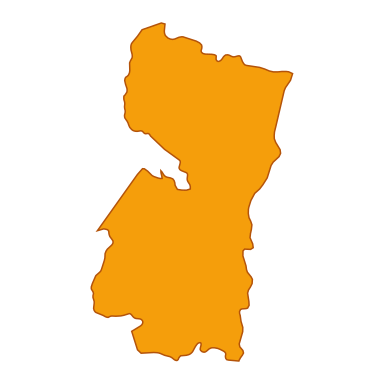 SVG path tracing the border of Alto Paraná
{"feature_id": "PRY-616", "entity_name": "Alto Paraná", "entity_type": "Department", "adm_level": 1, "iso_a3": "PRY", "parent_name": "Paraguay", "parent_adm1": "", "projection": "orthographic", "projection_center": [-55.001, -25.353], "detail": "fine", "context": "isolated", "style": "filled", "palette": "amber", "viewbox_px": 384, "rotation_deg": 0, "n_neighbors": 0, "source": "natural_earth", "source_scale": "10m", "svg_char_len": 4436}
<svg xmlns="http://www.w3.org/2000/svg" viewBox="0 0 384 384"><path d="M250.4,234.4L250.0,237.7L252.7,243.9L253.2,247.7L250.6,249.4L244.6,249.1L243.0,250.9L242.9,255.9L246.0,265.9L246.5,269.6L247.4,272.2L251.2,277.0L252.4,279.4L252.1,283.6L250.4,287.0L248.5,290.0L247.6,293.1L248.9,301.7L249.1,305.3L247.6,308.1L246.1,308.6L242.0,308.9L240.5,309.5L239.5,311.6L239.6,313.5L240.2,315.5L241.0,321.3L242.8,327.4L242.7,331.7L239.2,343.9L239.8,346.8L242.9,350.5L243.5,353.0L242.4,355.1L240.4,357.9L239.0,360.5L238.9,361.0L238.5,361.0L228.7,360.1L226.8,359.7L225.8,358.5L225.5,357.3L225.4,356.1L225.7,354.7L225.7,353.8L225.5,353.0L225.1,352.4L224.4,351.7L223.5,351.1L220.2,349.4L217.7,348.4L214.5,347.8L211.8,347.8L210.5,348.2L209.0,349.0L206.7,351.0L205.7,351.7L204.8,352.1L203.5,352.1L202.1,351.7L200.6,350.4L200.2,349.4L200.3,348.1L201.0,345.3L201.1,344.4L201.0,343.5L200.7,342.9L200.2,342.7L199.4,342.7L198.3,343.1L197.5,343.7L196.5,344.9L195.3,346.7L192.7,351.5L192.0,352.4L190.8,353.5L189.6,354.3L188.6,354.7L186.3,355.3L180.6,355.8L179.5,357.0L178.8,357.9L178.3,359.3L178.0,359.7L177.6,360.1L176.9,360.5L175.9,360.4L174.5,359.8L171.9,357.7L170.1,356.7L164.6,355.3L160.2,353.4L158.5,352.9L157.2,352.7L153.8,352.5L141.1,353.2L137.5,349.8L131.7,331.3L140.6,325.9L142.0,324.6L142.8,322.8L142.7,321.2L141.7,319.8L140.6,319.1L139.3,318.8L136.0,318.5L134.6,318.0L133.5,317.2L132.6,316.2L132.0,315.4L131.3,314.6L130.3,313.8L129.3,313.6L123.8,315.3L120.8,315.9L115.9,316.2L111.8,316.0L110.3,316.3L108.1,317.4L106.8,317.2L105.4,316.7L103.1,315.4L96.0,312.5L95.2,311.9L94.2,310.5L93.6,308.4L94.2,303.2L94.2,301.4L93.0,297.5L93.0,295.7L93.5,293.5L93.0,291.7L92.2,290.5L91.3,288.9L91.3,286.9L92.4,283.5L95.7,275.9L96.3,275.2L99.8,272.1L100.9,270.8L101.6,269.0L104.3,260.6L104.9,257.9L105.1,253.6L106.1,251.0L107.4,249.1L111.8,245.0L112.8,243.5L113.1,242.2L112.9,240.8L112.1,239.6L109.9,236.6L109.2,234.8L108.9,233.2L108.8,231.8L108.4,230.6L107.5,229.7L105.2,229.1L103.6,228.9L97.4,230.7L137.4,174.5L142.5,168.7L144.4,168.8L147.6,171.1L152.0,175.5L153.8,176.5L158.0,178.0L160.2,178.5L162.1,178.4L161.9,176.6L161.0,172.8L160.9,170.8L162.0,172.0L163.6,174.6L164.7,175.9L166.0,176.8L167.4,177.3L170.4,177.9L172.8,178.9L174.1,180.6L174.8,182.7L175.1,185.3L177.4,189.4L181.8,190.1L186.4,190.2L190.3,189.0L190.3,186.6L190.1,185.6L189.8,184.7L189.3,183.8L188.3,182.3L187.8,181.4L187.4,180.5L187.2,179.5L187.2,178.3L187.6,174.9L187.4,173.9L186.9,173.1L186.2,172.6L181.6,170.7L180.7,170.2L180.0,169.7L179.5,169.0L179.1,168.1L179.1,167.2L180.1,163.5L180.3,162.3L180.2,161.2L179.7,160.4L179.0,159.8L164.5,149.3L150.6,136.1L149.6,134.5L149.0,133.9L148.2,133.5L147.2,133.5L146.2,133.7L145.3,133.7L144.5,133.4L143.8,132.8L143.2,132.1L142.5,131.4L141.7,131.0L140.7,130.8L137.5,131.3L136.4,131.3L135.2,131.2L134.1,130.9L133.2,130.6L132.3,130.0L131.6,129.5L130.4,128.1L129.8,127.4L129.4,126.6L128.6,124.7L128.0,122.9L127.1,121.2L125.0,118.2L124.6,117.0L124.5,115.2L125.1,112.8L125.2,111.3L125.1,110.1L124.8,109.1L124.6,108.0L124.5,106.7L124.8,103.8L124.7,102.6L124.5,101.5L124.2,100.6L123.9,99.5L123.8,98.1L123.9,96.1L125.1,94.9L126.9,92.1L127.1,90.3L127.0,88.6L125.5,84.1L124.7,80.5L125.1,78.4L125.7,77.3L127.1,76.4L128.3,75.3L129.4,73.0L129.8,70.7L129.6,62.9L130.3,61.1L132.1,57.8L132.3,56.2L132.1,54.2L131.0,50.0L130.8,47.1L131.0,45.3L131.5,43.7L132.4,42.4L137.6,36.1L142.1,29.7L161.3,23.0L165.0,24.0L164.3,31.1L164.5,33.2L165.3,35.5L167.9,38.0L170.4,39.1L172.7,39.4L174.8,39.0L178.9,37.3L181.5,36.8L182.9,36.8L196.2,41.1L199.6,42.9L201.6,45.0L201.9,46.7L201.8,48.1L201.6,49.1L201.2,50.2L201.1,51.1L201.5,52.2L202.6,53.3L204.0,53.8L205.4,54.1L211.7,54.3L214.2,54.7L215.6,55.3L216.2,55.9L216.2,56.8L216.1,57.9L216.1,59.6L217.0,60.9L217.9,61.4L218.9,61.4L219.8,61.0L220.8,60.4L221.6,59.5L222.4,58.5L223.5,56.8L224.4,55.9L225.6,55.0L227.7,54.8L229.2,55.2L231.2,56.2L232.5,56.7L233.9,56.9L235.1,56.7L237.6,56.0L239.1,55.8L239.9,56.1L240.6,56.9L242.5,61.7L243.5,63.3L244.6,64.7L246.3,65.4L259.6,67.4L264.6,69.0L269.4,71.0L273.5,71.9L277.8,71.9L281.8,71.5L286.3,71.5L288.7,71.8L292.6,73.6L290.5,80.3L285.5,87.6L284.2,90.7L276.1,125.3L274.5,131.9L274.2,135.4L274.3,138.7L275.7,142.4L280.1,149.7L280.6,153.3L279.0,156.7L273.2,162.1L271.1,165.4L267.2,177.9L262.9,184.7L259.7,188.9L254.7,193.4L250.9,200.5L248.8,207.2L248.4,209.4L248.3,213.5L249.0,217.7L250.7,221.2L251.9,224.8L251.4,229.3L250.4,233.9L250.4,234.4Z" fill="#f59e0b" stroke="#b45309" stroke-width="1.5"/></svg>